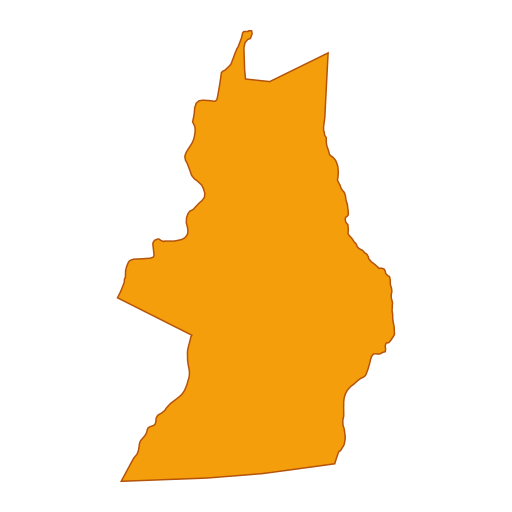 outline of Delcer, Soufrière, Saint Lucia
{"feature_id": "8701671B85169170830121", "entity_name": "Delcer", "entity_type": "district", "adm_level": 2, "iso_a3": "LCA", "parent_name": "Saint Lucia", "parent_adm1": "Soufrière", "projection": "equal_earth", "projection_center": [-61.057, 13.802], "detail": "fine", "context": "isolated", "style": "filled", "palette": "amber", "viewbox_px": 512, "rotation_deg": 0, "n_neighbors": 0, "source": "geoboundaries", "source_scale": "gbopen_adm2", "svg_char_len": 6104}
<svg xmlns="http://www.w3.org/2000/svg" viewBox="0 0 512 512"><path d="M251.6,30.8L248.9,30.7L248.5,31.4L243.7,31.6L242.7,32.8L241.5,37.9L238.0,47.2L237.0,48.5L235.2,52.9L230.9,64.3L227.3,68.0L224.9,70.3L222.8,71.2L221.4,72.6L220.4,80.0L219.3,87.0L217.7,96.0L216.9,99.5L215.8,100.8L214.8,101.3L209.6,100.6L202.9,100.2L199.0,100.8L196.2,103.2L194.7,107.8L194.3,112.7L194.0,115.2L192.6,121.9L194.1,124.9L195.0,127.5L195.2,130.5L195.0,132.8L194.1,137.9L192.8,141.6L191.4,144.1L187.1,150.8L185.7,153.4L184.8,156.5L185.5,160.3L187.3,163.6L189.5,169.4L191.6,175.4L194.3,178.8L197.2,180.9L201.7,185.1L203.4,188.6L204.8,193.2L204.5,197.1L202.2,200.4L199.1,203.1L193.0,209.6L189.8,211.2L187.9,213.8L186.5,218.0L186.3,222.8L187.5,227.5L187.9,230.0L187.7,233.2L187.0,235.1L185.1,237.6L181.8,239.5L178.7,240.2L174.0,241.1L164.2,241.1L163.7,241.6L160.8,240.4L158.9,239.0L157.7,239.0L154.4,240.4L153.0,242.7L152.9,244.6L153.5,250.1L154.1,255.0L153.4,257.1L150.3,258.2L143.4,258.7L133.6,259.2L131.3,259.9L129.3,261.0L128.1,262.9L126.7,266.3L125.6,270.7L125.4,277.4L124.5,278.8L124.2,282.5L122.3,287.4L120.4,292.0L117.5,297.8L191.8,335.2L190.9,336.8L190.6,338.1L190.3,339.6L189.6,342.1L189.3,343.4L188.7,345.5L188.3,347.1L187.7,349.9L187.5,351.7L187.4,353.1L187.5,354.1L187.5,357.2L187.6,360.6L187.9,362.5L188.3,365.4L188.7,367.3L189.1,369.2L189.4,371.9L189.4,373.8L189.3,375.7L189.2,376.4L188.9,377.8L188.5,379.3L188.0,380.6L187.4,383.0L186.9,384.6L185.8,387.5L185.0,389.4L184.0,391.3L183.0,392.8L181.9,394.3L179.9,396.2L176.8,398.7L170.6,403.4L168.6,405.5L166.3,408.1L164.8,410.4L163.3,411.7L161.2,413.3L159.3,414.3L157.7,415.4L157.2,416.2L156.5,417.4L156.2,418.2L155.9,420.3L156.0,421.4L155.5,423.1L155.2,423.8L154.4,425.0L152.6,425.8L151.1,426.4L150.2,426.6L149.1,427.2L148.4,427.7L148.0,428.1L147.5,429.0L147.1,430.6L146.6,432.6L145.3,435.0L144.2,436.5L141.0,440.2L140.4,441.1L140.0,441.9L139.6,443.3L139.3,444.5L139.2,445.7L139.1,446.5L138.4,450.6L137.0,454.3L133.7,458.1L121.2,481.3L207.4,478.0L262.5,473.6L334.7,463.8L335.9,459.9L336.4,458.5L336.8,457.0L337.5,455.3L337.7,454.5L338.1,453.3L339.0,451.4L339.9,451.0L340.5,450.6L340.9,450.1L341.6,448.8L343.5,445.8L343.9,445.0L344.3,444.0L344.4,443.5L344.5,442.4L344.7,441.9L344.7,441.3L345.0,440.3L345.1,439.3L345.2,438.3L345.2,436.8L345.1,435.3L344.9,434.4L344.5,431.1L344.2,429.1L343.9,428.1L343.6,427.1L343.0,424.9L342.9,424.3L342.9,422.6L342.8,421.3L342.8,420.8L342.9,419.8L343.5,417.1L343.7,416.1L343.7,415.6L343.7,414.5L343.7,412.9L343.7,411.2L343.6,406.1L343.7,405.6L343.7,404.1L343.7,403.5L343.7,401.9L343.9,400.3L344.0,399.2L344.1,398.2L344.4,397.1L345.2,394.6L345.8,393.1L346.7,391.4L347.2,390.5L347.8,389.8L348.0,389.4L350.8,386.4L351.2,386.1L351.9,385.6L353.3,384.6L354.3,383.7L356.1,382.1L357.9,380.5L359.7,379.1L360.5,378.5L363.2,377.3L363.9,376.8L364.9,376.0L365.2,375.7L365.7,374.9L366.0,374.4L366.4,373.5L366.7,372.6L366.9,372.1L367.8,369.7L368.6,367.1L369.0,365.7L369.3,364.7L369.8,362.7L369.9,362.2L370.2,361.1L370.4,360.1L370.6,359.5L370.9,358.5L371.6,356.5L372.4,355.2L372.7,354.9L373.0,354.5L373.4,354.2L374.2,353.9L375.0,353.8L376.0,353.8L377.2,354.0L378.8,354.0L379.6,353.9L380.4,353.7L380.8,353.5L381.2,353.3L381.9,352.8L382.7,352.4L383.2,352.3L383.6,352.1L384.0,352.0L384.7,351.8L385.1,351.8L385.3,351.4L385.5,349.7L385.6,348.9L385.4,347.3L385.2,346.8L385.2,346.2L385.4,345.3L385.7,344.3L386.1,343.2L386.4,342.9L386.8,342.8L387.7,342.9L388.1,342.8L388.5,342.7L388.9,342.4L389.6,341.7L390.2,341.1L391.4,339.5L392.3,338.0L393.2,336.8L394.2,334.9L394.4,334.4L394.5,333.7L394.3,331.3L394.2,327.5L394.0,326.0L393.9,325.5L393.6,324.4L393.5,323.9L393.4,322.9L393.2,322.0L392.7,318.6L392.7,316.6L392.7,315.2L392.6,314.2L392.3,312.2L392.2,311.7L392.1,310.7L392.1,309.2L392.3,307.7L392.3,306.7L392.3,305.2L392.4,304.6L392.5,304.1L392.5,303.2L392.5,302.4L392.3,301.9L392.2,301.3L391.9,300.4L391.8,299.9L391.4,298.3L391.3,297.7L391.2,297.3L391.2,296.1L391.3,294.6L391.4,293.6L391.8,292.1L391.8,291.1L391.8,290.6L391.7,290.1L391.6,288.8L391.4,287.8L390.6,285.4L390.4,284.4L390.3,283.8L390.3,280.9L390.3,280.4L390.2,279.9L390.1,279.3L390.0,278.8L389.9,278.3L389.7,277.2L389.5,276.7L389.2,276.4L388.4,276.1L387.7,275.6L386.2,274.1L385.9,273.7L385.7,273.2L385.6,272.7L385.2,271.2L385.1,270.7L384.5,269.8L384.3,269.3L383.5,268.9L382.7,268.5L381.9,268.3L381.0,268.2L380.7,268.2L379.5,268.3L379.0,268.3L378.6,268.2L378.4,267.8L378.1,267.4L377.8,267.0L376.4,265.9L375.7,265.2L375.4,264.9L373.2,263.2L372.1,262.4L371.7,262.2L371.3,261.9L371.1,261.5L370.5,260.8L370.3,260.4L369.9,260.2L369.6,259.8L369.4,259.5L369.0,259.1L368.7,258.8L368.3,256.8L367.6,255.6L367.4,255.1L367.1,254.7L366.8,254.3L366.5,254.0L365.4,253.3L365.0,253.0L364.3,252.4L364.0,252.0L363.4,251.3L362.7,250.6L362.1,250.1L360.9,249.6L359.8,248.9L359.0,248.5L358.7,248.3L358.4,248.0L357.8,247.2L357.5,246.9L357.2,246.6L356.9,246.2L356.6,244.7L356.3,244.2L356.0,243.8L354.8,242.5L354.4,242.2L354.1,241.8L353.8,241.3L353.1,240.2L351.5,237.9L351.2,237.6L350.5,236.9L349.2,235.4L348.9,235.0L348.6,234.7L348.1,233.8L348.0,233.2L348.3,230.5L348.3,229.3L347.9,224.8L347.6,224.3L347.0,223.7L346.6,223.2L346.0,222.5L345.8,222.0L345.6,221.4L345.4,220.4L345.3,219.3L345.3,218.7L345.4,218.2L345.6,217.7L345.8,217.3L346.1,216.9L346.5,216.6L347.2,216.2L347.6,215.8L347.9,215.4L348.1,215.0L348.3,214.6L348.3,213.7L348.3,213.0L348.2,211.1L348.1,210.1L347.8,208.5L347.8,208.0L347.6,206.5L347.6,205.9L347.5,205.4L347.3,204.4L347.1,203.4L346.4,201.4L346.1,200.4L345.7,197.8L345.6,197.2L345.5,196.2L344.8,193.8L344.7,193.4L344.4,192.9L343.9,191.9L342.3,190.2L341.5,188.9L341.2,188.5L340.6,187.0L340.5,186.5L340.2,185.5L339.5,184.2L339.2,183.8L339.0,183.3L338.7,182.8L337.4,180.0L338.0,177.0L338.3,172.8L338.0,168.2L337.8,166.4L336.5,162.3L335.8,161.0L335.5,160.2L334.0,158.5L332.8,157.1L330.4,155.6L329.3,153.9L328.6,150.9L326.9,146.2L326.3,142.5L326.3,137.8L324.6,135.1L324.3,132.2L323.6,130.7L323.6,126.3L324.4,120.8L324.9,116.6L324.9,115.4L328.1,52.9L269.7,81.6L245.5,79.0L244.6,69.5L243.9,47.7L245.1,42.5L247.8,39.4L250.3,38.5L252.1,33.9L251.6,30.8Z" fill="#f59e0b" stroke="#b45309" stroke-width="1.5"/></svg>